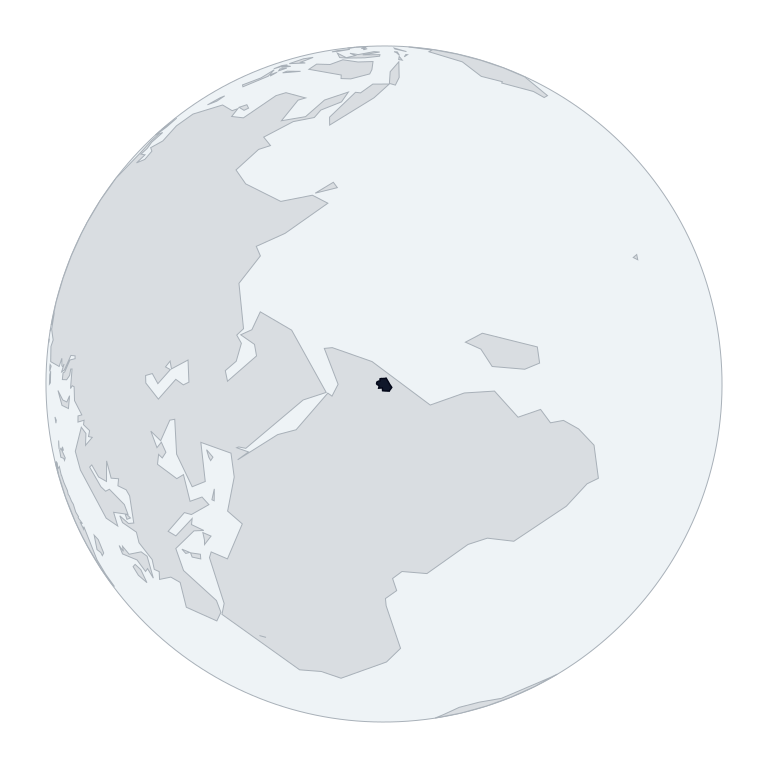 globe centered on Bay, rotated 263°
{"feature_id": "SOM-2313", "entity_name": "Bay", "entity_type": "Region", "adm_level": 1, "iso_a3": "SOM", "parent_name": "Somalia", "parent_adm1": "", "projection": "orthographic", "projection_center": [43.708, 2.69], "detail": "fine", "context": "on_globe", "style": "filled", "palette": "ink", "viewbox_px": 768, "rotation_deg": 263, "n_neighbors": 0, "source": "natural_earth", "source_scale": "10m", "svg_char_len": 7374}
<svg xmlns="http://www.w3.org/2000/svg" viewBox="0 0 768 768"><g transform="rotate(263 384 384)"><circle cx="384" cy="384" r="338" fill="#eef3f6" stroke="#a8b0b8"/><path d="M46.2,394.0L48.6,402.7L53.9,419.2L56.6,439.8L57.7,462.3L71.9,511.5L74.9,520.6L65.3,496.3L57.6,471.4L51.8,445.9L48.0,420.1L46.2,394.0ZM570.0,101.9L579.1,108.2L579.9,108.6L601.2,125.1L621.1,143.2L642.3,169.4L653.9,182.8L659.6,191.0L660.6,195.0L652.3,182.9L646.6,177.6L641.8,170.8L640.6,174.7L633.6,165.3L636.1,174.0L643.4,182.0L647.0,181.2L652.2,194.1L665.5,209.4L675.2,227.3L680.6,257.8L673.8,266.6L675.1,272.5L668.1,265.4L665.3,276.9L683.4,312.0L685.1,322.2L677.5,341.0L676.2,333.3L657.8,314.3L658.9,338.7L673.1,359.6L678.1,384.2L669.2,376.2L663.6,354.7L657.0,347.3L655.5,325.9L643.7,294.7L634.5,300.4L632.1,288.1L614.5,263.2L599.5,271.1L577.8,303.8L580.1,335.9L570.3,350.3L545.6,304.2L536.2,274.0L526.2,276.9L501.6,252.3L456.0,251.3L450.5,243.8L441.8,247.4L424.6,240.1L416.6,228.1L405.8,229.0L427.4,260.9L439.1,260.3L450.3,247.8L454.0,259.5L470.7,270.0L448.7,298.9L382.7,325.6L378.0,301.8L337.0,239.0L339.2,232.2L339.1,231.4L338.7,230.0L333.1,241.2L326.6,229.5L346.7,272.2L349.3,291.2L381.8,327.1L378.3,330.9L389.3,338.4L426.6,329.1L426.4,337.1L407.7,374.9L357.5,427.3L365.3,462.6L363.5,492.8L334.7,513.0L339.7,536.3L325.2,544.5L326.0,557.7L315.7,571.7L297.7,585.0L264.3,585.3L260.2,573.4L240.5,550.1L212.1,493.7L218.4,467.8L214.5,447.8L190.6,403.5L195.7,379.0L189.9,368.8L177.4,371.4L170.9,359.3L163.6,359.1L119.6,368.2L107.8,352.6L97.2,305.5L106.3,286.7L110.6,265.4L175.1,195.1L185.7,198.6L233.0,189.6L238.4,192.0L229.5,207.3L262.4,226.3L276.9,213.3L309.9,224.0L334.0,223.7L348.4,195.1L309.0,194.7L305.4,181.1L339.6,169.6L374.5,172.0L374.2,167.0L354.9,155.4L365.7,146.8L348.5,150.9L353.4,155.9L342.8,159.2L337.6,154.9L341.6,151.7L331.9,149.4L315.3,166.8L318.5,173.9L291.2,177.2L294.0,189.6L285.6,195.5L277.9,176.9L280.7,170.2L264.1,151.8L258.6,158.9L273.9,177.2L267.9,175.8L260.6,187.3L261.4,177.5L246.1,157.3L223.3,162.3L189.5,191.3L177.3,194.3L169.2,189.2L186.5,160.6L211.9,157.5L218.3,148.9L217.4,137.4L225.2,138.0L228.0,133.4L238.0,132.5L256.3,121.5L267.1,120.2L278.3,107.6L285.4,105.7L276.7,113.4L276.5,118.7L303.9,117.9L310.4,115.2L315.4,107.5L322.3,109.0L323.8,101.7L341.5,99.3L321.1,96.7L326.5,89.4L339.3,84.1L337.4,81.7L316.5,90.5L311.5,94.6L313.0,98.6L296.0,111.6L285.8,114.0L289.6,100.0L275.5,102.4L284.7,91.9L335.6,72.2L354.8,69.4L378.0,78.3L371.2,82.1L359.5,80.3L366.6,87.9L367.8,84.3L373.6,86.1L380.2,80.8L384.6,81.9L383.5,75.6L389.6,76.4L390.2,80.3L405.2,74.8L419.0,76.1L420.3,74.4L417.7,72.3L436.9,76.2L437.0,74.9L430.8,73.0L426.9,69.5L427.6,65.3L434.2,66.8L434.8,68.5L446.1,75.2L446.8,80.5L449.6,80.8L450.5,76.7L436.8,68.4L435.3,65.5L442.9,68.9L440.0,67.4L441.4,66.5L448.8,67.4L441.0,63.7L446.8,55.9L461.8,58.0L468.0,61.0L478.9,60.8L495.1,65.5L489.3,63.4L490.7,63.4L485.6,61.8L483.0,60.9L505.9,68.8L528.0,78.3L549.4,89.3L570.0,101.9ZM149.5,229.7L147.0,235.8L146.9,235.9L149.5,229.7ZM409.6,190.6L431.7,192.4L424.9,174.9L432.8,174.5L427.6,169.2L424.3,173.7L411.9,159.6L422.6,155.3L421.5,148.4L414.0,147.7L396.5,158.2L414.0,177.9L407.6,184.7L409.6,190.6ZM233.3,112.7L235.3,115.0L229.4,120.0L215.7,124.5L224.1,116.9L233.3,112.7ZM239.5,117.4L247.2,103.8L256.0,101.4L249.7,104.9L254.8,104.7L246.1,110.3L247.0,122.5L241.9,127.9L219.4,131.4L229.6,126.8L227.0,124.5L239.5,117.4ZM251.2,82.4L254.6,79.0L269.3,77.9L264.4,81.4L250.4,85.2L248.0,83.5L251.2,82.4ZM258.9,70.1L268.4,66.5L267.8,66.7L273.9,64.5L272.0,65.2L276.7,63.6L283.4,61.4L284.0,61.2L285.9,60.6L310.2,54.2L334.9,49.7L338.6,49.2L335.0,50.1L340.6,49.2L347.3,48.9L345.4,50.0L339.6,50.1L341.6,51.7L332.3,52.6L333.1,52.7L325.1,54.3L316.7,56.8L312.9,57.1L311.3,58.0L305.9,59.5L302.4,61.0L294.5,62.4L289.5,64.6L288.6,64.1L282.2,67.7L283.4,65.8L276.5,68.2L279.0,68.7L244.5,77.7L229.2,84.5L215.8,91.8L219.5,88.9L234.5,80.9L236.1,80.2L258.9,70.1ZM346.4,48.2L342.2,48.7L339.8,49.0L346.4,48.2ZM246.5,186.3L251.1,186.8L258.6,186.1L254.1,193.8L246.5,186.3ZM235.6,172.5L240.0,171.4L237.4,181.0L232.7,180.8L235.6,172.5ZM244.7,163.3L240.5,170.7L240.0,166.6L244.7,163.3ZM281.0,112.4L286.0,111.3L285.6,113.1L281.9,116.0L281.0,112.4ZM349.5,58.6L347.1,57.6L349.2,57.1L350.7,54.3L357.8,54.0L359.6,55.5L349.5,58.6ZM340.4,199.9L332.2,205.3L329.1,202.6L332.6,201.2L340.4,199.9ZM290.1,199.1L300.6,202.8L288.8,201.2L290.1,199.1ZM357.4,57.7L357.2,56.5L360.9,57.2L357.4,57.7ZM363.0,53.7L367.6,54.2L358.8,53.6L363.0,53.7ZM479.2,646.8L481.7,650.6L476.4,651.0L479.2,646.8ZM422.4,487.8L402.1,540.7L385.8,541.0L381.5,525.5L388.2,493.5L406.8,484.4L415.6,469.9L422.4,487.8ZM706.3,444.0L708.4,445.9L708.0,447.5L706.3,444.0ZM704.3,438.1L707.3,439.0L703.2,441.6L704.3,438.1ZM708.3,439.4L711.3,436.8L712.6,434.5L712.0,437.7L708.3,439.4ZM702.0,438.0L686.4,436.4L679.3,431.7L681.7,426.0L693.2,428.2L702.0,438.0ZM681.1,425.8L669.3,409.0L647.6,361.6L655.5,362.5L677.0,391.3L675.8,396.2L683.0,409.4L681.1,425.8ZM706.8,397.4L705.4,412.4L697.5,410.3L693.5,407.6L690.9,388.2L692.4,378.6L695.9,379.2L705.5,347.8L709.7,356.1L707.7,369.4L710.8,382.7L706.8,397.4ZM581.8,339.0L590.4,358.3L584.6,361.6L581.8,339.0ZM706.3,325.9L704.5,339.3L705.2,321.3L706.3,325.9ZM704.9,308.9L706.5,316.0L703.7,309.0L704.9,308.9ZM677.9,281.9L674.3,283.2L672.7,278.4L676.3,273.9L677.9,281.9ZM682.6,242.8L688.1,256.4L689.4,261.0L685.1,252.5L682.6,242.8ZM417.3,59.6L407.3,63.2L404.8,67.0L410.7,70.5L398.1,67.8L402.0,61.8L417.3,59.6ZM442.4,55.8L437.2,53.8L442.2,54.5L444.1,55.0L442.4,55.8ZM437.3,54.7L425.8,53.0L424.6,51.9L434.0,53.4L437.3,54.7ZM391.4,53.4L388.0,54.3L385.1,53.6L391.4,53.4ZM671.1,562.1L671.9,560.9L650.3,581.4L648.8,577.9L656.1,568.0L668.4,537.5L669.6,538.3L677.5,518.0L694.2,501.0L708.3,469.1L709.6,472.3L715.5,449.5L715.4,450.2L709.8,473.7L702.5,496.8L693.6,519.3L683.2,541.1L671.1,562.1ZM711.2,446.8L715.2,435.6L716.2,435.0L711.2,446.8ZM721.0,409.1L721.0,408.4L721.4,401.1L721.7,397.3L721.0,409.1ZM721.7,396.9L721.4,390.4L721.9,388.7L721.7,396.9ZM719.1,404.3L718.8,408.2L718.3,404.8L719.1,404.3ZM719.9,402.3L720.7,407.5L719.6,405.6L719.9,402.3ZM712.5,386.3L713.5,395.8L716.4,390.5L714.1,398.6L715.1,414.5L714.0,420.2L713.3,403.0L711.4,420.1L709.9,419.6L710.1,404.6L712.0,386.9L713.4,379.8L718.1,378.0L712.5,386.3ZM720.3,390.9L719.8,379.8L720.0,372.8L720.6,378.7L720.3,390.9ZM716.8,353.5L713.6,340.7L712.2,345.0L713.5,329.0L716.6,343.7L716.8,353.5ZM711.7,326.4L710.6,330.1L710.8,320.8L711.7,326.4ZM709.4,326.0L707.7,317.6L709.4,319.1L709.4,326.0ZM712.6,327.0L710.3,313.0L712.5,321.5L712.6,327.0ZM702.8,299.2L709.2,313.3L703.6,306.6L696.2,280.2L698.1,280.0L702.8,299.2ZM668.3,201.8L663.9,195.1L663.6,194.3L666.7,199.1L668.3,201.8ZM661.8,191.6L662.1,192.0L664.2,196.4L666.8,199.8L673.2,210.7L665.7,199.7L659.3,188.6L658.9,187.4L661.8,191.6ZM480.2,60.0L477.0,59.1L478.6,59.6L480.2,60.0ZM466.9,56.4L469.8,57.3L465.9,56.3L466.5,56.3L466.9,56.4Z" fill="#d9dde1" stroke="#a8b0b8" stroke-width="1"/><path d="M385.4,376.7L386.8,377.2L387.4,378.6L387.5,378.8L387.5,379.9L387.4,380.2L388.1,380.6L389.3,380.6L389.6,380.7L389.8,381.9L389.5,383.3L389.6,383.6L389.4,385.2L389.6,386.8L385.0,388.8L383.2,389.5L381.7,390.3L379.7,391.3L379.2,390.9L377.0,388.8L376.3,388.4L376.9,384.7L377.1,383.7L377.5,381.8L379.4,381.9L380.4,381.8L380.4,380.8L380.5,378.2L382.2,378.8L383.2,378.6L383.8,377.9L384.2,377.2L384.5,377.0L385.0,376.7L385.4,376.7Z" fill="#0f172a" stroke="#020617" stroke-width="1.5"/></g></svg>